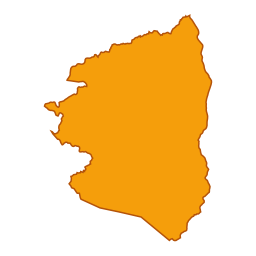 Castanheira, Mato Grosso, Brazil
{"feature_id": "56859067B36906842849375", "entity_name": "Castanheira", "entity_type": "district", "adm_level": 2, "iso_a3": "BRA", "parent_name": "Brazil", "parent_adm1": "Mato Grosso", "projection": "natural_earth1", "projection_center": [-58.652, -10.954], "detail": "fine", "context": "isolated", "style": "filled", "palette": "amber", "viewbox_px": 256, "rotation_deg": 0, "n_neighbors": 0, "source": "geoboundaries", "source_scale": "gbopen_adm2", "svg_char_len": 5680}
<svg xmlns="http://www.w3.org/2000/svg" viewBox="0 0 256 256"><path d="M67.3,79.4L67.1,80.3L67.9,80.4L78.9,82.0L79.7,81.7L81.5,81.6L82.3,81.4L83.5,81.5L84.5,82.1L85.2,82.6L85.8,83.3L86.4,84.2L86.8,85.1L86.7,86.5L85.6,86.3L84.5,86.1L82.8,87.1L81.8,87.0L80.8,87.3L79.9,87.2L79.0,86.8L78.2,87.4L77.5,88.4L77.6,90.6L77.3,92.0L77.2,93.3L76.1,94.4L75.3,94.5L74.2,94.1L72.5,95.0L71.0,95.9L69.1,96.9L68.0,97.7L67.1,98.4L65.3,99.5L64.6,100.1L63.8,100.9L61.3,101.7L60.1,101.9L59.1,102.6L59.3,104.2L59.3,105.7L59.1,106.5L58.4,107.2L57.5,106.9L56.1,105.5L55.5,103.8L54.9,102.4L54.1,102.0L53.3,102.2L52.4,102.5L51.1,102.2L50.2,102.3L49.0,103.1L45.5,103.9L44.9,104.8L44.5,106.2L46.4,107.7L47.5,108.4L48.0,109.2L48.6,109.7L49.3,110.0L50.4,110.4L51.7,110.4L52.7,110.6L54.0,111.0L54.8,112.0L55.3,113.1L55.6,114.1L56.0,115.1L57.0,115.6L58.0,116.0L58.7,114.7L59.1,113.7L59.5,113.0L60.6,112.8L61.7,113.6L62.6,114.1L63.0,115.1L63.3,116.1L62.3,117.1L61.9,118.1L61.4,118.8L61.5,119.7L61.9,120.7L61.6,121.5L61.0,122.5L60.6,123.5L59.9,124.4L59.2,125.3L58.9,126.4L58.8,127.4L58.9,128.6L59.3,130.3L58.6,130.9L57.7,132.8L56.5,133.2L55.7,133.8L54.6,133.8L53.7,133.4L53.0,132.6L52.3,131.8L51.4,131.4L53.0,134.0L57.6,139.2L58.7,139.3L59.6,139.9L60.3,141.1L60.7,142.4L61.4,143.7L62.2,144.8L63.0,144.5L63.7,143.8L64.3,143.0L65.0,142.7L65.8,142.2L67.0,142.3L67.8,143.1L69.0,143.1L70.2,143.3L71.4,145.2L72.3,146.1L73.2,146.4L74.0,146.3L74.8,145.6L75.8,145.7L77.1,146.2L78.4,146.3L79.5,147.2L79.7,148.4L79.2,151.0L79.8,151.8L80.7,151.9L82.9,151.6L84.0,152.0L85.6,151.6L87.0,152.6L88.0,153.2L89.1,153.4L90.7,154.4L91.2,155.2L91.7,156.6L92.2,157.5L92.7,158.1L92.1,158.9L91.5,160.3L90.2,161.4L90.4,162.3L90.1,163.3L90.6,163.9L88.7,165.1L88.0,165.3L87.4,165.8L86.6,166.0L85.9,166.4L84.9,167.1L85.8,168.8L85.6,169.8L84.6,170.4L84.5,171.3L83.5,170.6L83.0,172.4L80.7,171.5L80.4,172.7L78.2,173.0L77.1,172.6L76.5,174.2L73.6,174.7L72.3,176.0L70.9,176.4L71.4,178.3L71.1,181.2L69.1,183.8L70.9,186.0L71.6,187.7L74.1,188.7L76.5,192.3L77.2,193.2L79.4,193.3L80.3,197.7L81.0,199.2L100.0,207.9L118.9,211.9L132.0,214.9L141.1,217.0L169.4,240.4L170.6,239.3L172.2,238.7L173.6,240.2L174.8,240.6L176.1,240.4L177.0,239.8L178.6,238.9L179.7,238.1L180.4,237.8L180.2,235.2L181.2,233.3L183.0,232.3L184.1,231.5L185.8,230.9L186.6,230.3L186.9,228.6L186.8,227.2L186.9,226.3L187.1,224.7L187.1,223.2L187.7,222.3L188.6,220.5L189.8,219.4L190.4,218.5L192.4,216.6L193.5,216.3L194.1,215.5L194.3,214.7L195.9,214.8L196.8,213.9L197.6,214.0L198.4,213.9L199.1,213.4L199.9,212.4L200.7,211.9L200.4,210.8L200.3,209.9L200.1,209.0L199.8,208.1L199.9,207.2L200.3,206.2L200.9,205.4L201.6,204.9L202.5,203.8L203.1,203.3L203.7,202.8L204.2,202.1L204.1,200.6L203.1,199.3L202.9,197.8L203.5,196.9L204.8,196.4L207.2,194.1L207.8,193.4L209.2,192.3L209.4,191.3L209.4,189.7L209.8,188.1L210.0,186.6L209.2,184.5L208.3,183.0L207.3,180.4L206.3,179.7L205.3,178.6L205.1,177.7L205.7,176.6L206.7,175.4L207.1,174.5L207.2,173.3L207.4,172.0L208.6,169.3L206.9,167.0L206.4,165.9L206.7,163.2L206.4,162.1L205.7,160.7L205.4,159.5L204.8,157.9L204.1,157.1L203.3,156.3L201.3,154.7L200.7,152.7L200.2,149.6L199.8,148.9L199.2,148.3L198.8,147.2L198.7,145.5L198.9,143.8L198.8,142.5L199.0,141.3L198.1,140.1L198.7,138.8L199.4,137.6L199.9,136.8L200.5,134.6L202.2,133.3L202.7,132.6L203.2,131.0L203.6,130.3L205.9,128.6L206.6,127.2L206.8,126.3L207.0,125.5L207.0,123.9L207.0,122.7L207.1,121.1L207.5,118.8L207.6,116.8L207.6,116.0L207.3,114.6L206.4,111.3L206.2,109.3L206.4,108.1L206.2,106.8L206.2,105.0L206.3,104.0L206.0,102.3L206.6,98.8L207.2,96.7L207.8,94.9L208.1,93.4L208.9,90.9L209.7,88.7L211.0,84.7L211.5,82.2L211.4,80.7L210.5,79.1L209.6,77.8L209.1,77.1L208.8,75.7L207.6,73.8L206.1,72.3L205.4,71.2L205.0,70.3L204.3,68.1L204.0,65.8L203.3,63.5L202.1,61.1L202.0,60.1L202.1,58.9L202.4,57.6L202.2,56.5L201.6,55.2L201.2,54.5L201.0,53.5L201.2,52.1L202.0,49.5L202.6,47.7L202.8,46.0L202.5,44.8L198.5,40.1L197.8,39.0L197.3,37.8L197.2,36.9L197.4,35.7L198.1,34.8L198.6,33.8L198.7,32.8L198.6,31.7L198.4,30.7L198.0,29.7L196.3,26.8L195.8,26.2L195.1,25.0L192.2,20.3L191.6,19.5L190.5,18.4L189.9,17.5L189.6,16.3L189.7,15.4L187.1,16.7L186.3,16.8L185.8,16.0L185.2,17.0L183.0,17.3L182.6,18.1L181.7,18.9L181.2,19.9L180.4,19.8L180.1,21.0L179.4,22.0L179.3,23.9L177.6,25.3L176.8,25.6L176.0,26.1L175.5,27.1L174.6,27.5L174.0,28.3L173.1,28.7L172.2,30.2L171.3,32.2L171.0,33.6L170.2,33.8L169.3,33.3L168.5,33.1L168.0,32.5L167.1,32.5L166.0,33.1L164.4,33.6L163.5,33.5L162.8,33.7L162.3,35.0L161.5,34.8L160.7,35.3L160.0,34.4L158.9,33.5L158.3,32.6L157.7,32.1L157.3,31.2L154.8,30.8L154.1,30.7L153.5,31.3L152.9,32.0L152.5,32.7L151.6,32.9L150.2,32.7L149.1,31.7L148.8,32.7L148.6,33.8L147.1,33.8L146.0,34.8L144.8,34.6L143.8,35.1L142.8,36.0L142.1,36.5L141.2,36.5L140.4,35.9L140.2,36.9L139.1,36.1L138.1,36.7L137.5,37.6L136.4,37.4L135.4,37.8L134.7,38.3L134.2,39.1L133.2,39.6L132.0,40.1L131.7,42.3L131.0,43.4L129.9,43.4L129.0,43.7L127.8,43.3L126.7,43.7L126.0,43.5L125.1,44.1L124.1,43.8L123.1,43.4L122.6,44.0L121.9,44.1L121.2,43.9L120.4,44.4L119.3,44.9L118.2,44.7L117.2,45.0L116.0,44.5L115.3,44.1L114.0,44.0L113.1,44.6L112.3,44.7L112.0,45.5L111.7,46.3L110.9,47.4L110.7,48.6L109.8,49.5L109.7,50.8L109.0,52.1L107.9,51.9L106.8,51.8L105.8,51.3L105.1,51.5L104.2,52.3L103.3,52.4L102.4,52.5L101.3,52.1L100.7,52.6L99.7,54.6L98.3,55.8L98.0,57.1L97.2,56.4L96.5,55.2L95.7,54.6L94.7,54.8L94.1,56.5L93.1,57.0L92.1,57.0L91.1,57.7L89.8,58.2L87.1,58.1L85.9,58.5L85.2,59.5L85.0,61.1L84.7,62.4L83.7,63.6L82.2,64.2L81.1,64.2L79.1,63.8L78.1,63.8L77.2,64.2L76.4,65.4L75.1,66.3L73.6,66.3L72.6,66.5L71.9,67.0L70.9,68.3L70.6,69.7L70.4,71.5L70.2,72.8L70.2,73.7L70.2,74.6L69.9,75.5L69.5,76.4L68.7,77.5L68.1,78.5L67.3,79.4Z" fill="#f59e0b" stroke="#b45309" stroke-width="1.5"/></svg>